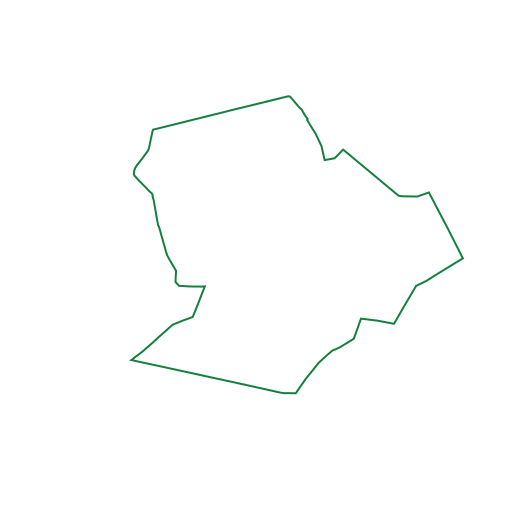 Macea, Arad, Romania (Robinson projection), rotated 310°
{"feature_id": "2599482B60932360253726", "entity_name": "Macea", "entity_type": "district", "adm_level": 2, "iso_a3": "ROU", "parent_name": "Romania", "parent_adm1": "Arad", "projection": "robinson", "projection_center": [21.316, 46.4], "detail": "fine", "context": "isolated", "style": "outline", "palette": "green", "viewbox_px": 512, "rotation_deg": 310, "n_neighbors": 0, "source": "geoboundaries", "source_scale": "gbopen_adm2", "svg_char_len": 1853}
<svg xmlns="http://www.w3.org/2000/svg" viewBox="0 0 512 512"><g transform="rotate(310 256 256)"><path d="M346.4,402.5L351.4,404.1L354.4,405.0L373.3,411.3L387.2,416.0L400.4,385.1L402.0,381.2L415.8,347.6L405.3,341.4L395.4,329.2L393.8,326.5L393.7,296.4L393.5,254.4L381.4,253.4L373.6,246.9L382.3,235.5L388.0,223.1L389.7,217.7L393.1,207.6L394.1,207.5L394.9,204.3L396.1,200.7L397.7,196.5L397.5,194.4L399.3,183.9L399.6,181.8L400.0,179.7L399.7,179.0L399.5,178.9L399.2,178.1L349.8,141.9L348.6,141.1L286.7,96.0L285.5,96.3L275.7,101.5L271.3,103.9L268.5,105.3L266.9,105.6L257.3,106.2L251.9,106.4L250.4,106.5L250.1,106.3L245.5,106.9L242.7,108.1L240.2,109.8L239.7,110.7L239.4,111.6L238.9,115.2L238.5,118.2L238.3,120.8L237.9,124.6L237.6,128.9L237.1,132.1L236.9,136.4L236.3,137.6L234.9,138.8L234.6,139.3L233.1,141.6L230.2,145.0L226.9,149.0L223.9,152.6L221.4,155.4L219.0,158.4L216.6,161.3L216.0,162.9L213.6,166.6L211.0,170.2L208.8,173.6L207.2,175.8L205.1,179.0L203.5,181.4L201.5,184.2L199.4,187.6L198.7,189.3L198.0,191.1L196.2,196.0L194.9,199.8L193.2,204.4L190.6,206.3L188.5,207.8L187.4,208.7L184.9,210.6L184.3,211.3L183.8,215.6L183.7,216.2L185.7,218.9L188.2,222.3L190.7,225.6L192.8,228.2L195.0,230.8L197.7,234.1L199.8,236.3L198.2,236.9L195.4,237.8L191.0,239.3L186.7,240.8L181.1,242.7L175.5,244.5L172.0,245.6L168.8,246.7L168.4,246.6L164.0,244.1L159.6,241.5L154.8,239.0L150.1,236.4L145.8,235.7L141.2,235.1L136.8,234.4L132.6,233.8L127.4,233.1L122.1,232.4L119.1,231.9L115.0,231.2L110.9,230.7L106.1,229.6L101.4,228.5L96.2,227.4L97.5,229.9L99.0,232.8L132.8,297.0L151.8,333.2L166.7,361.9L168.9,365.6L172.2,369.5L176.4,374.7L193.7,373.1L214.9,372.7L226.7,374.3L233.0,375.4L235.8,377.0L240.1,379.0L255.4,384.1L259.9,382.5L275.5,376.7L284.3,390.2L292.8,405.3L295.2,404.9L313.0,401.7L336.0,397.9L343.7,401.3L346.4,402.5Z" fill="none" stroke="#15803d" stroke-width="2"/></g></svg>